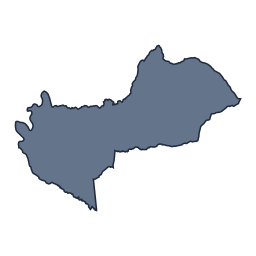 Guacarí, Valle del Cauca, Colombia (Robinson projection)
{"feature_id": "7082276B91777379467178", "entity_name": "Guacarí", "entity_type": "district", "adm_level": 2, "iso_a3": "COL", "parent_name": "Colombia", "parent_adm1": "Valle del Cauca", "projection": "robinson", "projection_center": [-76.302, 3.779], "detail": "fine", "context": "isolated", "style": "filled", "palette": "slate", "viewbox_px": 256, "rotation_deg": 0, "n_neighbors": 0, "source": "geoboundaries", "source_scale": "gbopen_adm2", "svg_char_len": 5759}
<svg xmlns="http://www.w3.org/2000/svg" viewBox="0 0 256 256"><path d="M44.2,91.1L42.3,92.5L41.3,94.6L41.1,95.8L41.3,96.9L42.3,98.8L42.6,101.3L42.2,103.8L41.7,104.8L41.0,105.5L39.3,106.6L38.2,106.5L37.7,106.3L37.1,105.0L36.7,104.6L34.7,104.0L34.2,104.0L33.2,104.6L32.4,106.1L31.4,107.2L30.8,107.4L28.2,107.7L27.8,108.0L27.3,109.0L27.2,110.4L27.6,111.1L28.1,111.2L29.6,110.7L30.6,110.7L31.6,111.7L31.8,112.4L31.8,113.8L30.1,116.9L29.9,118.6L30.3,120.1L32.4,123.3L33.0,125.1L33.0,126.3L32.7,127.8L31.4,130.3L30.3,130.6L29.4,130.1L28.1,127.1L26.5,125.1L25.0,123.6L22.7,122.6L20.0,122.3L17.7,121.4L16.2,121.5L15.7,122.2L15.4,126.1L16.0,129.9L16.8,131.3L18.4,133.0L23.4,137.9L24.0,139.0L23.8,140.0L23.1,140.9L21.7,141.4L19.9,141.4L18.9,142.1L18.6,142.7L18.4,144.1L18.8,147.0L18.8,147.7L20.2,148.1L21.5,149.6L22.2,150.2L22.5,150.9L22.6,152.0L23.1,152.7L25.4,153.9L26.4,154.8L28.1,159.0L29.5,165.7L29.9,166.3L31.1,167.2L31.1,168.6L32.5,172.3L33.2,173.3L36.0,174.9L38.3,176.6L38.9,177.4L39.1,178.5L39.5,178.9L41.7,180.1L43.4,180.6L44.5,180.7L45.1,181.1L46.4,183.0L48.6,183.9L49.4,183.8L51.1,183.0L51.8,182.3L54.3,183.7L55.2,183.8L56.2,184.5L57.0,184.7L57.6,185.3L58.2,185.3L58.5,186.1L59.1,185.9L59.5,186.0L59.9,186.6L59.9,187.6L60.2,187.8L60.9,187.6L61.2,188.6L62.6,188.9L64.1,190.4L64.3,191.5L65.6,192.3L66.9,192.1L67.9,193.3L68.8,192.9L70.7,193.1L71.8,194.2L72.4,194.0L72.9,194.3L73.1,195.0L73.2,195.9L74.0,197.0L74.8,196.9L75.4,197.6L76.4,198.1L77.6,197.6L77.3,198.1L77.5,198.4L77.9,198.2L78.2,197.5L78.7,197.3L78.8,197.9L78.5,198.6L79.3,199.9L80.1,199.9L80.6,199.4L81.2,199.7L81.8,199.5L81.6,200.4L82.0,200.9L83.5,200.9L84.7,201.8L85.3,201.9L85.7,202.3L85.5,203.0L86.0,203.7L86.3,203.9L86.9,203.7L88.7,205.1L88.6,207.0L89.3,207.7L89.9,208.8L90.5,209.4L91.2,208.3L91.7,206.9L92.2,206.6L92.6,207.6L93.5,207.8L93.8,208.8L95.2,209.1L95.0,209.3L95.1,210.1L96.5,210.5L96.5,209.3L93.4,179.2L94.3,179.4L96.0,178.7L98.2,177.3L98.9,177.2L99.2,175.6L101.2,174.5L102.5,171.6L105.8,169.0L107.9,167.0L109.7,166.6L110.7,167.3L111.0,167.2L111.2,166.8L112.0,166.9L112.6,167.1L113.3,167.6L113.0,165.2L114.1,160.2L115.0,150.7L115.4,151.1L115.7,150.9L116.6,151.2L117.3,151.6L118.0,151.3L118.4,151.4L118.6,151.1L119.8,151.9L120.8,151.8L121.6,151.2L122.1,151.6L123.1,151.0L123.4,151.3L123.9,151.3L124.9,151.9L125.4,151.9L125.9,151.4L126.7,151.6L127.2,151.4L127.5,151.7L128.3,151.0L128.2,150.4L128.3,150.0L129.4,149.1L130.1,149.0L130.4,149.3L130.9,149.4L131.8,149.2L132.3,148.7L132.8,148.8L133.0,148.6L133.4,148.7L133.8,148.2L134.5,147.9L135.0,147.2L135.7,147.0L138.3,147.4L138.5,147.5L138.5,148.1L139.6,148.7L140.2,149.5L140.6,149.4L141.3,149.7L141.7,149.5L142.0,149.7L142.6,149.3L143.9,149.6L146.5,149.5L146.9,148.7L148.0,148.1L148.4,147.5L148.8,147.5L149.3,147.7L150.4,146.6L151.0,146.9L152.3,146.7L152.9,147.1L154.9,147.0L156.6,146.3L157.9,144.7L159.1,144.1L161.5,144.1L162.1,144.3L162.3,144.9L163.3,144.7L165.0,145.0L166.5,145.5L169.5,145.9L171.2,146.5L172.4,146.6L173.6,146.2L174.8,146.4L181.9,144.8L182.6,144.0L184.5,143.2L186.6,143.5L190.2,141.3L190.8,141.3L192.3,141.9L194.5,141.4L196.2,141.4L196.9,141.1L197.9,140.5L198.0,139.7L198.9,136.3L199.0,133.6L200.7,126.7L201.6,125.5L203.8,123.6L206.0,120.7L207.1,120.1L208.7,120.0L209.7,119.4L210.4,116.8L211.4,113.9L214.4,113.6L216.1,112.7L217.5,112.4L219.1,112.4L221.6,111.4L226.1,107.8L227.2,106.6L228.0,106.2L228.7,106.1L229.6,106.5L232.1,105.4L233.3,106.2L234.3,106.1L235.2,105.3L238.4,103.6L239.0,101.9L240.6,98.8L238.0,98.6L237.5,98.2L234.3,93.1L231.8,90.8L231.2,89.9L230.1,87.1L228.1,84.8L225.9,80.9L225.4,80.5L224.3,80.0L222.3,76.8L219.7,73.6L218.6,72.9L214.4,70.7L213.0,68.9L211.9,68.1L210.8,66.5L207.9,64.3L205.4,63.2L201.9,62.4L199.9,61.2L199.0,59.7L198.4,59.1L196.8,58.6L194.9,57.6L193.0,57.9L190.4,57.9L186.1,59.0L184.6,58.8L184.3,59.2L183.9,60.6L183.4,61.0L181.3,61.8L180.0,62.9L178.5,62.7L177.3,63.8L176.3,63.6L175.1,64.1L173.6,64.2L172.8,64.0L171.9,63.4L170.3,63.3L169.5,62.1L168.5,61.4L165.3,60.9L164.3,59.8L163.1,59.1L163.0,58.7L163.2,57.1L163.6,56.5L163.3,55.5L163.3,54.4L162.2,53.0L161.8,51.4L161.7,49.8L161.1,48.9L160.8,47.9L159.7,46.9L159.4,45.9L158.5,45.5L156.9,46.2L156.4,47.4L155.8,48.1L155.7,48.6L154.8,49.7L153.7,49.8L153.2,50.2L152.9,50.7L151.7,50.4L149.8,52.2L148.7,54.7L147.4,55.8L146.2,57.9L145.7,58.2L144.3,60.9L143.8,61.0L143.1,60.2L142.4,60.1L140.4,61.3L138.0,65.9L137.8,67.5L138.1,68.8L138.1,69.6L137.5,74.4L136.9,76.1L135.8,77.8L135.4,79.8L133.5,81.7L132.3,83.6L132.2,84.1L132.6,85.1L132.4,86.0L131.7,86.9L130.8,89.8L130.7,90.7L130.9,92.5L130.8,93.2L130.0,93.8L129.4,95.1L128.5,95.6L126.6,97.4L126.0,97.7L125.7,98.8L125.3,99.0L124.8,98.8L124.2,99.5L123.6,99.3L123.2,99.5L123.1,100.6L122.2,102.1L121.4,101.9L120.5,101.0L119.2,100.8L118.6,101.0L117.9,101.4L117.7,101.8L117.7,103.7L117.3,103.9L116.3,103.8L115.6,104.5L114.4,104.5L114.4,104.3L114.0,104.7L112.9,104.9L112.7,104.1L113.7,102.4L113.6,102.0L113.2,101.6L111.5,100.8L111.4,100.3L109.4,99.3L108.3,99.5L107.9,100.3L107.1,99.5L106.0,99.3L105.0,99.7L104.8,100.1L105.1,100.6L105.1,100.8L103.5,101.9L103.6,102.6L104.1,103.3L103.5,105.7L103.1,105.9L102.1,105.9L101.3,106.5L100.6,107.6L99.7,108.0L98.9,107.6L96.9,105.8L96.0,105.6L94.7,105.9L93.7,105.9L92.7,106.3L90.6,106.3L88.9,107.3L87.9,107.0L86.6,105.8L84.7,105.6L83.1,106.6L81.7,106.7L81.4,107.0L81.2,107.7L79.9,108.1L78.4,109.1L77.5,108.9L76.2,107.5L75.7,107.3L75.0,107.5L73.2,108.5L72.7,108.2L72.5,107.7L72.0,107.6L71.0,108.8L70.4,108.8L69.4,107.8L67.9,108.0L67.4,107.8L67.0,107.4L66.5,106.2L66.0,105.8L64.4,106.0L63.4,105.3L62.7,105.1L62.1,105.6L61.7,105.5L60.6,105.9L59.7,105.8L59.1,106.2L57.6,106.5L56.9,106.4L56.6,105.7L55.1,105.7L53.9,106.4L53.4,107.0L52.9,107.0L52.1,106.9L51.6,105.9L49.5,97.9L47.9,93.9L46.2,92.1L44.2,91.1Z" fill="#64748b" stroke="#1e293b" stroke-width="1.5"/></svg>